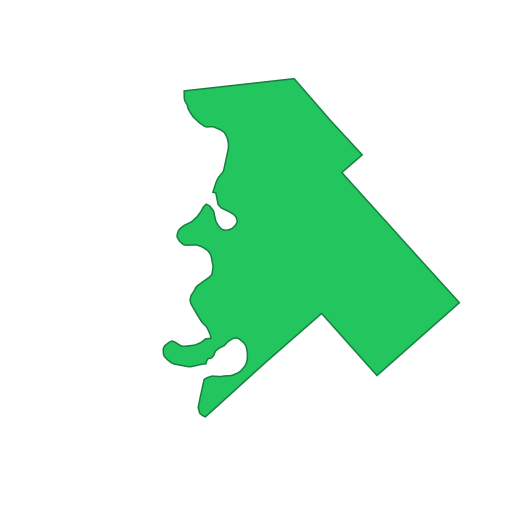 Coahoma, Mississippi, United States of America, rotated 318°
{"feature_id": "52423323B41224890056443", "entity_name": "Coahoma", "entity_type": "district", "adm_level": 2, "iso_a3": "USA", "parent_name": "United States of America", "parent_adm1": "Mississippi", "projection": "orthographic", "projection_center": [-90.749, 34.255], "detail": "fine", "context": "isolated", "style": "filled", "palette": "green", "viewbox_px": 512, "rotation_deg": 318, "n_neighbors": 0, "source": "geoboundaries", "source_scale": "gbopen_adm2", "svg_char_len": 2087}
<svg xmlns="http://www.w3.org/2000/svg" viewBox="0 0 512 512"><g transform="rotate(318 256 256)"><path d="M375.9,426.8L375.7,371.5L375.7,320.3L375.6,276.2L375.6,251.4L402.6,251.9L402.0,205.4L403.0,149.8L402.0,149.0L313.1,85.2L308.3,90.7L307.0,92.9L305.7,98.4L304.2,100.9L303.6,103.2L302.9,106.7L302.4,110.6L303.2,119.7L304.7,125.6L305.7,127.1L309.2,129.9L310.8,131.5L314.2,138.8L315.0,142.6L314.7,145.6L313.7,148.6L312.3,151.5L310.1,154.8L307.3,157.7L289.9,170.3L287.6,171.5L280.7,172.5L278.9,173.1L275.6,174.6L266.6,179.8L268.3,182.3L262.3,192.4L262.3,197.0L265.4,204.5L265.7,205.1L267.3,210.5L267.2,213.7L266.5,215.2L265.2,218.0L261.0,219.5L256.4,219.5L252.3,217.8L250.2,216.0L248.5,213.5L248.2,209.0L249.4,203.3L254.5,194.3L255.1,188.2L254.4,186.0L253.7,184.2L249.9,184.3L244.9,186.1L238.6,187.4L231.9,187.5L229.7,187.1L223.2,185.2L218.7,184.8L215.5,185.2L212.5,186.8L210.5,188.5L209.9,189.6L209.1,193.9L209.5,198.1L209.8,199.1L210.8,200.7L219.3,208.1L221.5,212.1L222.6,215.0L223.7,219.3L223.5,223.7L222.4,226.4L217.4,234.6L216.0,236.1L210.8,240.2L207.1,240.5L193.9,239.0L191.1,238.9L185.9,240.8L181.6,241.8L179.8,242.9L177.8,244.5L176.6,246.0L175.6,248.4L173.2,259.4L171.6,268.3L171.6,272.1L171.9,274.6L171.6,276.5L170.5,280.5L169.1,284.2L167.5,287.0L164.9,285.2L162.9,283.8L157.4,283.5L151.1,281.4L143.0,275.7L141.1,273.9L140.1,272.4L138.0,265.2L137.1,263.5L136.5,262.9L133.7,262.0L128.1,261.6L125.0,262.9L122.6,265.6L121.1,267.8L120.7,269.5L120.8,274.0L121.7,279.0L123.0,281.7L131.7,293.1L134.0,295.0L144.4,300.8L146.5,302.6L149.2,301.0L152.0,300.2L153.9,301.8L156.1,301.9L158.7,301.4L161.6,299.8L163.4,299.5L167.9,300.0L172.5,301.4L177.7,300.8L183.9,301.9L186.1,303.4L187.3,304.8L188.0,306.5L188.8,311.8L188.5,315.6L186.8,319.1L184.2,322.9L180.7,326.6L179.1,327.9L176.7,329.3L173.6,330.5L167.8,331.2L164.5,330.8L158.7,328.8L156.9,327.8L152.3,324.0L149.0,321.9L143.1,315.9L138.2,313.7L134.9,313.0L120.1,323.6L111.6,330.0L109.0,335.2L109.4,338.5L110.7,341.7L192.9,341.5L266.3,342.6L265.9,425.8L267.6,425.8L375.9,426.8Z" fill="#22c55e" stroke="#15803d" stroke-width="1.5"/></g></svg>